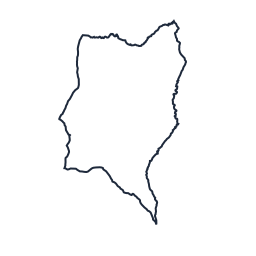 outline of Argelia, Valle del Cauca, Colombia, rotated 168°
{"feature_id": "7082276B75993550725955", "entity_name": "Argelia", "entity_type": "district", "adm_level": 2, "iso_a3": "COL", "parent_name": "Colombia", "parent_adm1": "Valle del Cauca", "projection": "robinson", "projection_center": [-76.151, 4.718], "detail": "fine", "context": "isolated", "style": "outline", "palette": "slate", "viewbox_px": 256, "rotation_deg": 168, "n_neighbors": 0, "source": "geoboundaries", "source_scale": "gbopen_adm2", "svg_char_len": 5781}
<svg xmlns="http://www.w3.org/2000/svg" viewBox="0 0 256 256"><g transform="rotate(168 128 128)"><path d="M120.5,27.8L120.1,28.7L119.5,31.9L119.9,36.1L119.8,36.7L119.5,37.4L118.9,38.0L118.7,38.9L118.0,40.4L117.6,43.8L116.1,46.3L116.0,47.2L115.7,47.5L115.0,49.1L115.1,50.4L115.8,51.2L116.4,52.6L116.3,53.4L115.9,54.0L116.7,55.6L117.0,57.2L117.5,58.4L117.6,59.0L117.5,60.3L117.6,61.1L118.9,62.9L119.3,63.9L119.4,66.7L119.2,68.7L119.3,71.1L119.3,71.8L119.0,72.7L119.4,73.9L119.9,74.8L120.0,75.4L119.6,76.9L119.9,78.0L119.9,78.5L119.0,79.3L118.9,79.6L119.2,81.4L118.5,82.2L118.3,82.9L117.6,83.4L117.5,84.3L117.3,84.7L116.8,84.9L116.5,85.7L115.6,86.5L115.0,88.0L114.6,88.4L113.7,90.0L113.4,91.2L112.4,91.0L111.8,91.3L111.7,91.6L111.0,92.3L110.8,92.8L110.3,93.5L108.0,95.3L107.4,95.6L106.8,96.2L106.1,96.4L105.6,96.7L104.3,96.7L104.1,97.1L104.5,98.1L104.5,98.7L104.2,99.1L103.5,98.8L103.3,99.1L103.2,99.6L102.7,99.9L102.5,101.4L101.3,101.7L100.5,102.1L99.5,102.7L98.9,102.9L98.1,104.2L94.4,107.6L93.6,108.0L92.2,109.2L90.0,110.2L88.0,112.0L87.7,112.3L87.5,113.0L87.2,113.6L86.0,114.1L85.2,114.9L84.6,115.8L84.6,116.6L83.5,117.0L83.1,117.5L82.6,117.9L81.8,118.0L81.8,119.1L81.4,119.3L81.0,119.1L80.7,119.1L80.4,119.3L79.7,121.0L78.5,121.0L78.0,121.5L78.5,121.8L78.8,122.1L78.8,122.5L78.5,123.4L78.6,124.2L78.1,125.5L78.0,126.6L78.2,126.9L79.3,127.3L79.4,127.5L79.5,127.8L79.5,128.7L79.9,129.7L79.8,130.0L79.6,130.1L79.1,129.9L78.9,129.9L78.7,130.8L78.3,131.5L78.3,131.8L79.0,132.7L78.7,133.7L78.3,134.0L77.5,134.2L77.1,134.7L77.0,135.1L77.2,135.4L78.4,136.5L78.8,137.8L78.7,139.1L78.4,139.6L77.6,140.3L77.5,140.5L77.7,141.1L78.7,141.7L78.9,142.1L79.0,142.6L78.6,144.2L78.5,146.1L78.4,146.4L77.1,147.5L76.1,149.8L76.1,150.2L76.5,150.8L76.6,151.2L76.5,151.5L76.3,151.7L75.8,151.8L74.0,151.5L73.6,151.7L72.7,152.6L72.7,153.3L73.7,154.3L73.8,155.0L73.6,155.3L72.2,155.9L71.9,156.1L71.1,158.4L71.3,158.6L72.1,158.7L72.3,158.8L72.2,159.0L71.5,160.6L69.7,162.5L70.2,163.3L70.2,163.5L69.9,163.8L68.8,164.1L68.9,165.0L68.7,165.4L66.7,168.1L66.3,168.4L63.6,172.6L62.4,173.6L61.1,175.9L59.0,178.1L58.6,178.7L58.4,179.3L57.6,180.4L57.5,181.3L58.2,182.7L58.1,184.5L60.7,188.8L61.5,191.0L61.6,194.3L61.0,196.2L60.8,197.6L59.7,199.7L59.5,200.4L60.1,201.4L61.3,202.4L61.9,203.2L61.6,205.1L62.2,206.6L62.2,208.4L62.4,210.7L62.3,211.0L61.7,211.5L60.5,211.8L59.9,213.0L59.4,213.6L57.8,214.7L57.7,214.9L57.8,215.4L59.0,217.7L59.3,219.9L60.3,221.1L60.6,221.8L60.9,223.0L61.1,222.8L61.9,222.6L62.3,222.3L62.4,221.3L62.8,220.9L63.0,221.0L63.1,221.6L63.3,221.8L63.7,221.7L64.2,221.0L64.8,220.7L65.5,220.7L66.0,221.5L66.6,221.5L66.9,221.1L67.0,220.1L67.2,219.9L68.7,220.8L70.3,221.6L71.3,221.3L72.1,221.5L73.5,220.8L75.9,220.4L76.4,220.1L77.6,218.6L78.8,217.4L80.0,217.3L80.6,216.8L81.2,216.6L81.9,216.0L82.5,215.2L83.1,214.8L84.7,214.5L85.6,214.2L85.9,213.8L86.0,213.3L86.3,213.0L88.0,213.0L88.4,212.6L89.7,212.4L89.9,212.2L89.7,211.8L90.1,211.6L90.1,211.3L90.4,211.1L90.9,210.4L91.5,209.8L92.3,209.3L93.0,208.3L93.9,208.2L94.3,207.9L94.4,207.5L94.8,207.4L95.0,207.1L95.5,206.7L96.5,206.7L97.2,206.5L97.5,206.2L97.8,205.7L98.2,205.6L100.2,205.9L100.9,206.5L102.2,207.0L103.3,207.9L103.8,208.1L104.9,207.8L106.3,207.9L107.4,208.1L107.7,208.3L108.1,209.3L108.3,209.3L108.8,208.9L109.4,209.1L109.9,209.6L110.5,209.9L111.3,210.7L111.9,211.7L112.3,212.9L112.4,214.3L114.9,215.0L116.1,215.9L117.1,216.4L117.8,217.1L118.7,217.7L118.8,217.9L118.7,219.8L118.8,219.9L119.4,219.9L119.6,220.1L119.6,220.6L119.3,221.2L119.3,221.5L119.5,221.8L120.1,221.7L120.7,220.6L121.3,220.3L121.9,220.4L122.4,220.9L123.0,222.6L123.4,223.1L123.9,223.3L124.3,222.9L125.1,223.5L126.0,223.0L126.5,222.3L127.1,221.9L128.0,221.0L128.6,220.7L129.7,220.8L130.6,221.7L131.0,222.0L131.6,222.1L132.1,221.9L133.0,221.0L133.4,221.1L134.2,221.9L134.5,221.9L134.8,221.5L135.4,221.5L135.8,222.1L136.3,223.0L136.6,223.2L137.0,223.0L137.5,223.0L137.8,222.7L138.4,222.6L140.0,223.3L141.6,223.3L142.1,223.6L142.3,224.2L143.8,223.8L144.7,224.3L145.5,224.3L146.3,225.4L147.6,226.6L149.5,227.2L152.9,228.2L154.5,226.7L155.3,225.6L157.0,223.8L159.8,218.2L160.6,216.2L160.8,215.2L161.0,213.0L161.5,210.7L162.0,209.2L162.9,207.9L163.7,204.6L164.1,203.7L164.3,202.2L164.7,200.8L164.9,199.1L164.7,196.9L166.1,193.3L166.2,192.7L166.1,191.0L166.3,188.6L166.0,186.1L166.1,185.6L167.1,180.4L168.0,178.5L168.5,177.6L170.1,176.7L171.6,176.1L174.4,173.9L176.0,171.8L178.8,168.5L181.1,166.7L182.6,164.1L183.8,162.8L185.1,160.4L186.6,158.7L187.6,157.2L188.3,156.7L188.9,155.5L190.8,154.6L190.9,154.4L192.3,152.8L193.4,151.1L193.2,150.7L192.4,150.2L190.7,148.1L190.2,147.1L189.3,145.8L189.4,143.9L188.7,142.4L189.0,140.1L189.1,138.7L187.9,135.2L187.6,134.0L187.4,133.7L186.4,133.4L186.2,133.1L187.0,132.4L187.1,132.0L187.3,129.4L187.6,127.9L188.9,126.1L190.5,124.7L191.6,123.5L190.9,121.5L190.5,117.7L190.7,116.7L191.8,114.9L193.3,112.9L193.8,112.5L195.0,111.9L195.3,111.6L195.6,110.7L196.2,107.5L196.9,105.3L197.0,104.5L198.5,101.9L197.8,101.7L195.9,100.0L194.7,99.9L192.6,100.3L187.8,99.1L187.3,98.9L186.3,97.6L184.1,95.6L181.9,95.0L179.9,94.2L177.9,93.6L176.3,93.7L172.0,95.9L170.9,96.2L169.9,96.3L167.7,96.1L164.0,95.5L162.4,95.0L161.0,94.2L160.8,93.9L160.8,92.9L160.6,92.5L158.4,90.2L156.4,86.0L155.8,84.6L155.1,82.0L154.4,80.4L154.4,78.9L153.8,78.4L152.7,77.8L151.8,76.8L151.2,75.9L150.1,73.3L148.3,71.5L148.0,70.3L146.1,68.5L145.9,68.1L145.5,66.0L145.2,65.7L144.1,65.1L142.9,64.6L141.3,64.2L139.7,62.5L138.5,61.7L138.3,61.7L137.6,62.4L136.9,62.6L136.6,62.4L136.3,62.1L135.2,60.2L134.0,59.0L133.5,57.8L131.6,55.5L131.3,54.7L131.5,53.5L131.3,52.1L130.6,50.4L128.5,47.0L126.5,44.5L126.2,43.6L125.9,43.1L124.4,42.0L123.4,40.6L122.4,34.9L122.4,34.2L122.5,33.4L122.4,33.0L121.6,32.0L120.7,30.5L120.5,29.7L120.5,27.8Z" fill="none" stroke="#1e293b" stroke-width="2"/></g></svg>